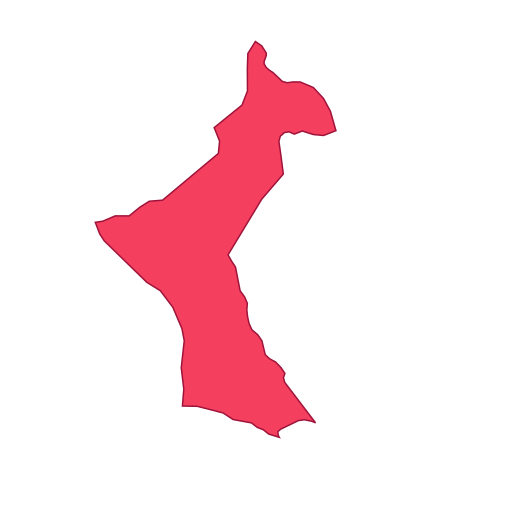 the District of Amuru, rotated 141°
{"feature_id": "UGA-5601", "entity_name": "Amuru", "entity_type": "District", "adm_level": 1, "iso_a3": "UGA", "parent_name": "Uganda", "parent_adm1": "", "projection": "natural_earth1", "projection_center": [31.868, 3.088], "detail": "fine", "context": "isolated", "style": "filled", "palette": "rose", "viewbox_px": 512, "rotation_deg": 141, "n_neighbors": 0, "source": "natural_earth", "source_scale": "10m", "svg_char_len": 1223}
<svg xmlns="http://www.w3.org/2000/svg" viewBox="0 0 512 512"><g transform="rotate(141 256 256)"><path d="M345.9,105.9L349.6,105.7L351.6,102.6L352.0,100.4L358.2,109.6L359.6,116.2L362.9,122.0L364.6,129.2L376.7,143.3L380.4,154.8L396.2,176.1L407.6,185.7L395.9,198.0L384.4,216.2L365.1,235.3L359.3,246.1L352.9,268.5L352.2,289.2L357.4,304.1L364.4,363.1L363.6,371.4L359.7,383.3L353.2,379.5L340.2,375.8L329.3,367.0L315.2,367.0L304.4,365.7L293.5,358.2L220.7,359.4L212.0,368.2L207.7,382.1L171.9,382.1L158.8,389.6L144.7,407.2L134.9,418.5L121.5,423.1L119.3,415.6L120.3,407.2L121.9,405.3L127.2,402.1L128.8,400.2L129.4,395.9L128.6,391.7L127.3,387.6L125.7,375.2L122.7,371.0L118.0,368.2L112.1,363.4L105.4,350.8L104.4,336.0L107.1,321.6L115.0,303.1L127.6,307.1L135.0,314.3L141.4,324.0L149.5,326.6L152.1,331.6L156.1,334.0L161.8,333.8L166.1,330.6L173.7,317.9L183.2,302.5L215.6,296.6L277.0,274.5L278.2,267.5L278.9,260.3L290.2,239.0L290.6,231.4L292.5,224.7L297.1,219.8L300.7,214.2L303.9,207.9L305.6,201.2L304.2,193.6L304.8,186.3L310.9,173.5L310.1,167.5L307.5,161.3L306.8,153.8L307.4,146.6L311.2,144.2L313.2,139.8L314.7,89.2L314.7,88.9L316.8,92.7L321.5,98.3L326.6,101.4L345.9,105.9Z" fill="#f43f5e" stroke="#9f1239" stroke-width="1.5"/></g></svg>